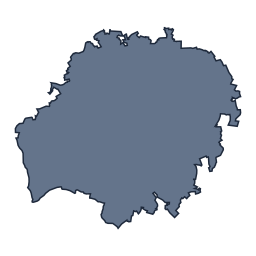 Canalete, Córdoba, Colombia
{"feature_id": "7082276B82675854286902", "entity_name": "Canalete", "entity_type": "district", "adm_level": 2, "iso_a3": "COL", "parent_name": "Colombia", "parent_adm1": "Córdoba", "projection": "albers", "projection_center": [-76.229, 8.721], "detail": "fine", "context": "isolated", "style": "filled", "palette": "slate", "viewbox_px": 256, "rotation_deg": 0, "n_neighbors": 0, "source": "geoboundaries", "source_scale": "gbopen_adm2", "svg_char_len": 5726}
<svg xmlns="http://www.w3.org/2000/svg" viewBox="0 0 256 256"><path d="M214.8,56.3L211.0,51.4L209.2,53.0L208.3,52.8L207.8,52.2L207.9,51.8L206.1,50.7L205.6,50.9L205.0,50.3L204.1,50.7L202.1,49.7L199.4,48.9L197.1,49.1L196.5,47.3L192.9,48.4L190.9,47.9L181.1,48.3L181.2,41.2L176.7,41.3L176.5,41.5L174.0,41.0L174.4,39.4L173.5,38.9L173.2,39.4L172.7,39.2L172.6,38.4L172.2,38.0L172.3,36.3L173.0,35.2L171.3,34.1L173.0,31.0L173.4,29.7L172.5,28.8L171.3,29.9L171.1,29.1L168.7,29.5L168.7,28.2L165.2,28.6L164.9,27.7L164.5,27.7L164.6,28.6L164.0,29.4L165.4,30.8L165.2,31.8L166.9,34.5L166.5,34.9L166.9,35.6L166.5,37.7L160.1,38.0L158.8,38.5L158.7,39.8L157.6,39.6L156.6,42.2L155.9,42.2L155.3,43.2L154.4,43.6L150.5,43.6L151.1,40.7L150.4,39.7L148.6,38.9L148.6,37.2L145.5,36.8L145.5,37.5L140.5,36.0L139.3,37.6L138.7,37.3L136.8,35.5L136.7,35.0L138.3,33.4L137.3,31.8L131.7,34.5L129.7,36.4L129.8,36.8L128.4,37.7L128.9,39.2L128.1,39.5L127.7,39.3L126.9,36.8L126.4,34.1L125.9,34.2L123.9,35.5L125.4,39.3L125.1,39.4L125.3,39.8L122.9,39.8L124.0,42.3L126.9,43.2L127.3,45.4L125.0,45.9L122.9,42.7L120.7,44.1L120.9,40.8L120.5,40.2L119.2,39.4L119.2,38.2L117.0,37.5L117.5,35.8L118.7,35.6L118.8,35.2L120.3,35.9L122.7,36.0L120.9,31.6L110.3,31.0L110.0,29.1L109.3,33.9L108.4,33.9L107.0,33.1L106.1,34.0L104.9,34.0L104.9,32.5L104.1,32.0L104.5,30.9L103.6,29.9L103.2,30.6L100.9,31.3L95.5,34.4L95.6,34.8L93.9,36.8L94.5,38.9L94.8,39.3L95.7,39.3L96.9,38.8L96.6,40.2L98.9,40.7L98.3,42.7L99.3,43.7L101.2,46.8L98.1,48.1L97.0,46.0L96.4,46.6L94.5,46.2L94.4,46.5L93.0,44.9L92.7,43.9L92.1,43.4L91.3,43.5L90.2,41.8L88.7,41.7L88.1,42.3L87.4,41.8L85.7,43.0L84.9,47.2L84.0,50.1L83.2,51.5L78.9,53.2L75.8,52.8L74.9,53.0L74.6,53.6L73.4,53.5L70.7,57.0L70.6,57.5L71.2,58.4L71.2,60.1L68.0,62.9L70.2,66.4L67.8,68.3L67.7,69.3L68.1,69.6L66.4,70.8L67.1,72.5L68.0,72.2L68.7,72.6L67.6,73.7L67.2,73.5L63.8,75.5L64.4,75.4L64.7,77.3L64.1,77.5L64.7,79.1L64.7,80.1L69.1,79.1L69.6,80.5L69.4,81.2L67.3,81.2L67.4,82.2L65.8,82.5L63.9,84.2L62.3,84.9L60.3,85.2L56.0,83.6L51.1,82.8L51.6,83.5L51.4,84.9L51.7,85.6L51.3,87.8L50.9,88.4L50.7,91.2L49.8,92.5L48.5,92.7L49.9,94.1L52.6,90.8L52.0,90.4L53.8,87.2L57.1,89.2L57.8,89.1L60.7,93.7L56.1,96.5L57.1,98.3L55.3,100.0L53.8,100.8L52.0,100.9L51.3,101.4L50.4,103.1L49.3,102.9L49.6,105.8L49.4,106.4L46.1,106.2L39.6,108.9L36.9,109.0L38.6,112.3L36.5,116.3L35.4,115.8L35.7,118.1L35.3,118.5L35.3,119.5L33.0,119.8L32.1,117.5L31.7,117.3L25.9,118.2L24.9,119.0L23.0,123.3L19.4,123.6L16.9,125.8L15.4,128.6L15.5,132.4L19.3,132.7L18.2,135.9L18.1,137.8L16.0,138.1L17.0,140.1L18.1,145.4L19.6,148.0L22.0,150.5L23.1,153.3L23.3,162.8L24.7,165.5L25.2,167.2L27.0,169.1L27.3,169.9L27.5,172.1L29.0,177.8L29.1,181.7L28.6,185.9L27.7,187.6L30.3,190.7L31.2,193.1L32.1,197.7L32.9,199.4L32.1,201.2L32.3,202.1L33.5,202.2L37.2,201.1L38.0,200.6L38.9,200.0L40.1,198.1L43.9,195.4L45.6,193.3L49.5,190.2L57.0,187.4L61.0,186.8L61.4,187.1L61.8,188.8L62.3,189.2L66.2,189.5L70.1,190.7L74.7,193.3L75.4,193.0L75.6,190.6L76.6,190.0L77.4,189.9L81.1,191.9L83.4,192.1L84.0,193.3L86.3,193.9L90.5,193.8L89.7,197.1L89.8,198.1L91.1,198.2L95.1,199.3L98.1,201.8L99.9,201.8L102.9,202.9L104.5,203.1L104.0,205.1L103.3,206.3L103.1,208.8L102.1,211.6L102.0,213.0L101.1,214.5L101.6,217.0L102.2,218.1L104.7,220.6L105.7,222.5L107.9,223.3L112.8,223.4L117.1,226.6L118.1,228.3L121.6,224.0L126.8,220.2L126.8,220.9L127.3,221.3L128.0,221.2L128.8,221.8L130.7,221.5L131.5,216.0L132.8,215.5L133.7,210.9L135.5,211.6L136.6,211.1L138.4,213.8L139.5,212.6L140.7,210.6L141.2,208.9L141.3,207.2L143.4,207.5L142.8,208.6L143.1,208.8L145.5,210.3L147.4,210.8L146.7,212.5L152.8,214.2L152.9,213.6L153.6,213.3L154.2,212.4L154.3,211.5L155.0,210.4L157.0,209.7L157.0,209.3L155.9,208.6L156.9,208.0L156.8,207.5L157.6,206.0L157.4,204.2L154.9,200.2L156.2,197.6L152.9,193.3L154.4,192.2L157.1,194.8L157.1,196.0L157.7,197.3L162.7,200.0L165.2,202.5L169.4,202.4L169.3,204.0L168.4,204.1L167.8,204.8L167.3,203.5L166.8,203.9L166.9,205.3L165.3,205.5L165.1,208.7L166.1,209.6L167.4,209.1L169.8,212.8L174.6,217.5L178.6,213.4L175.8,210.5L179.3,206.6L178.9,205.0L179.7,203.3L180.2,203.3L180.9,202.3L180.5,201.2L180.5,199.8L181.8,197.9L182.8,198.6L184.6,196.8L186.7,198.6L188.1,196.9L189.8,195.5L188.4,192.9L191.0,191.8L195.3,191.6L195.6,194.0L198.3,193.3L200.5,192.0L200.1,190.5L200.4,188.7L199.4,188.2L198.7,188.9L198.5,189.9L196.8,188.9L194.8,188.5L196.4,187.8L197.3,186.9L193.8,185.1L194.7,183.2L194.8,180.1L194.6,179.6L193.7,179.5L193.7,179.2L195.6,179.2L196.7,173.4L196.8,170.0L196.0,166.4L194.6,164.6L196.9,164.5L197.7,164.9L199.7,165.1L201.1,165.8L201.2,165.2L201.8,165.1L201.8,164.7L199.6,158.8L206.1,156.1L206.7,157.4L208.2,156.9L208.5,157.9L208.9,164.1L210.0,166.5L209.3,167.6L208.7,167.8L209.8,171.4L212.0,171.1L212.4,168.6L214.5,167.0L214.9,165.7L215.4,165.0L215.8,163.2L216.5,162.3L215.9,157.9L216.1,157.3L220.5,155.3L223.3,149.8L223.2,148.1L219.8,144.8L220.4,144.1L218.9,142.4L219.6,141.5L222.0,140.2L220.4,138.5L221.5,135.1L220.5,134.0L221.0,132.7L220.5,131.9L221.7,131.0L220.7,126.8L216.2,126.8L216.8,125.3L215.4,125.9L218.9,120.1L220.2,116.2L220.5,113.8L224.6,114.0L226.3,114.9L228.0,114.5L228.8,114.8L229.8,114.5L230.3,116.7L230.2,120.5L228.2,125.1L237.2,126.3L238.7,121.3L235.4,120.9L235.9,118.7L240.1,114.7L240.6,112.8L240.3,109.7L237.4,109.8L237.1,108.1L236.2,106.0L235.2,100.5L233.1,101.4L232.3,101.3L231.3,101.0L231.8,101.0L232.0,100.1L231.2,100.0L232.1,98.4L232.2,98.8L232.4,98.6L232.4,98.1L232.6,98.4L233.1,98.3L232.9,97.6L233.9,97.9L235.2,98.8L237.2,98.2L239.0,97.0L240.6,96.6L239.5,93.5L239.6,91.5L238.0,90.9L236.0,91.1L234.4,89.8L236.6,85.5L230.7,84.0L231.1,82.7L233.1,79.4L231.8,78.8L231.8,76.6L228.9,72.5L225.8,65.2L223.5,65.6L222.0,62.1L220.3,59.7L216.0,60.8L214.0,57.0L214.8,56.3Z" fill="#64748b" stroke="#1e293b" stroke-width="1.5"/></svg>